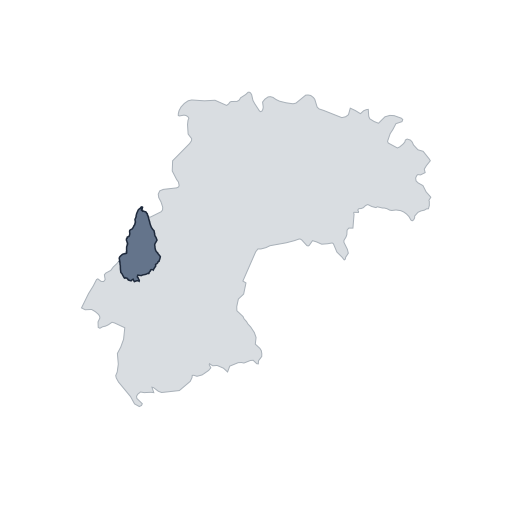 Mali, Mali, Guinea (highlighted), rotated 294°
{"feature_id": "49546643B49159513129654", "entity_name": "Mali", "entity_type": "district", "adm_level": 2, "iso_a3": "GIN", "parent_name": "Guinea", "parent_adm1": "Mali", "projection": "albers", "projection_center": [-12.025, 12.05], "detail": "fine", "context": "in_parent", "style": "filled", "palette": "slate", "viewbox_px": 512, "rotation_deg": 294, "n_neighbors": 0, "source": "geoboundaries", "source_scale": "gbopen_adm2", "svg_char_len": 7329}
<svg xmlns="http://www.w3.org/2000/svg" viewBox="0 0 512 512"><g transform="rotate(294 256 256)"><path d="M309.9,330.5L306.0,330.0L304.3,330.7L299.2,336.8L296.1,339.2L291.3,338.4L289.6,338.9L288.3,338.2L290.0,334.9L292.5,328.3L298.7,321.7L298.9,320.3L296.3,316.4L293.5,311.2L293.5,305.5L293.0,301.4L287.4,300.3L286.4,299.6L286.2,298.3L289.3,291.2L289.5,289.8L289.1,288.5L285.7,284.9L280.4,278.3L271.1,264.6L267.7,261.7L264.4,257.6L263.2,254.9L259.8,254.0L227.8,254.2L227.3,257.8L216.2,260.2L209.5,257.4L201.9,259.0L198.2,260.8L195.4,268.8L193.8,270.5L192.2,274.1L190.7,276.1L189.0,280.0L185.4,285.6L181.6,289.2L175.2,291.2L173.2,297.1L171.7,299.3L169.2,301.0L166.6,302.1L161.3,300.9L158.4,302.0L157.9,300.5L159.6,295.8L158.3,293.4L153.3,288.5L152.8,286.1L151.3,283.1L144.7,276.8L138.5,277.2L140.3,271.9L140.2,265.0L138.1,261.1L138.7,257.3L137.6,257.5L135.5,260.2L132.2,259.3L125.4,255.1L122.1,251.0L121.7,247.6L121.0,246.3L118.9,247.0L114.7,246.9L101.9,240.7L92.9,225.3L92.7,221.8L94.1,215.9L93.8,214.3L89.6,218.2L88.8,215.5L85.7,209.4L84.8,205.8L81.7,204.2L79.3,203.9L77.4,205.1L74.8,212.2L72.9,212.2L71.0,210.6L71.5,205.2L76.5,198.6L84.9,181.7L87.8,177.9L89.7,176.5L93.6,176.4L101.2,174.2L110.6,169.0L117.7,169.5L126.1,168.9L137.1,165.3L137.3,154.0L136.9,151.4L133.1,149.1L130.8,147.1L128.9,144.6L126.5,142.8L126.6,140.9L131.5,138.5L135.9,138.6L137.4,137.6L138.5,136.0L139.8,131.9L140.3,127.6L137.4,121.8L137.6,117.7L153.6,118.3L162.4,119.5L169.6,119.9L170.8,120.8L169.8,124.8L170.7,127.2L173.1,127.8L177.2,125.1L179.3,125.7L183.8,129.2L188.0,130.1L192.5,132.0L196.8,133.1L200.7,132.9L203.5,134.9L208.9,135.5L215.8,133.0L221.3,132.0L228.9,131.7L232.9,132.5L244.5,130.5L253.7,131.6L252.3,133.0L248.1,142.1L248.6,143.7L257.9,151.4L260.1,151.9L262.7,150.9L266.7,147.3L269.8,143.4L272.8,141.5L276.4,141.6L279.2,144.3L285.9,155.7L287.6,157.2L289.2,157.1L292.1,155.0L293.5,152.5L299.6,144.9L309.1,141.1L331.7,149.6L335.0,150.2L337.0,149.5L339.8,144.4L348.2,140.0L352.3,138.7L354.6,138.6L355.5,137.2L355.9,135.1L355.4,132.9L352.8,129.1L352.7,127.9L354.2,127.2L357.4,126.6L361.6,126.9L366.3,128.5L370.2,130.9L372.4,133.8L376.8,145.8L381.6,155.2L381.6,167.9L383.7,169.1L386.0,169.6L387.1,170.6L389.5,175.8L391.7,177.3L394.3,177.6L399.3,180.9L402.4,182.2L402.9,183.2L402.8,184.6L401.6,186.4L396.9,189.9L394.6,192.9L389.9,200.2L389.7,201.5L390.8,202.5L392.8,202.6L394.9,202.1L399.3,199.4L402.8,200.3L406.2,202.3L407.4,204.3L407.8,207.0L407.1,210.6L407.0,214.5L408.2,221.2L410.1,227.9L411.9,230.3L423.2,236.0L424.3,238.2L424.9,240.7L424.1,244.1L423.0,246.0L416.9,251.3L416.0,253.8L416.5,258.5L417.3,278.1L419.7,281.3L422.7,283.0L429.4,282.0L429.3,287.4L428.5,293.5L432.5,295.3L434.5,297.2L435.6,298.9L429.4,302.2L427.6,304.1L426.9,309.2L427.1,313.9L435.6,317.2L438.9,321.1L440.4,325.1L441.0,332.8L440.3,334.6L438.1,334.7L433.8,330.0L427.3,329.6L422.4,328.8L414.3,329.5L413.0,330.9L412.2,341.2L414.1,342.9L418.0,344.8L420.6,345.6L422.7,345.3L424.3,346.5L424.7,349.9L423.6,352.4L421.5,354.7L418.9,360.7L419.6,366.1L415.1,374.8L413.9,376.5L407.8,374.9L403.8,374.4L401.0,376.6L397.0,373.3L396.2,370.7L394.8,370.1L392.2,370.1L389.7,371.7L388.7,374.4L388.2,379.9L383.8,385.3L380.8,391.8L377.2,391.3L376.4,392.1L372.6,393.8L369.3,394.3L368.4,392.6L366.4,391.2L364.3,388.4L361.8,386.2L357.1,384.7L355.3,385.4L353.1,385.3L351.7,384.4L351.8,383.0L354.3,379.6L355.6,376.4L356.3,373.0L356.3,369.7L355.0,365.2L352.8,361.5L352.3,359.4L352.5,356.4L352.0,353.6L351.3,352.1L350.3,346.8L349.0,345.9L348.3,341.6L348.5,337.2L346.7,335.6L343.8,334.4L342.1,332.7L341.1,330.8L340.1,330.3L339.2,330.4L338.4,331.6L337.5,331.9L335.8,327.8L335.1,327.6L334.0,328.6L320.9,333.2L319.2,329.4L316.7,328.7L312.4,330.3L309.9,330.5Z" fill="#d9dde1" stroke="#a8b0b8" stroke-width="1"/><path d="M185.4,159.5L186.1,159.4L186.6,159.0L187.2,158.1L187.7,157.7L188.1,157.3L188.2,156.5L188.9,156.0L189.7,156.0L190.3,155.7L190.5,155.8L191.0,157.8L191.5,159.3L192.5,160.0L193.6,161.6L194.2,162.5L195.0,163.3L195.9,164.0L196.3,164.5L196.2,164.9L196.5,165.3L197.1,165.0L197.6,165.1L198.1,165.2L198.5,165.3L199.4,165.6L200.3,165.4L201.0,165.9L201.6,167.7L201.5,167.9L202.1,167.9L203.4,168.0L203.6,168.0L203.9,168.1L204.1,168.2L204.4,168.1L204.5,168.2L204.9,168.3L205.0,168.3L205.4,168.4L205.5,168.4L206.0,168.5L207.3,167.7L207.7,167.8L208.5,168.4L208.8,168.6L210.0,169.0L210.8,168.8L211.4,169.2L211.7,169.6L212.4,169.4L213.5,169.4L215.0,169.2L216.5,168.9L217.0,168.1L217.8,166.5L218.5,165.0L218.8,165.0L219.5,163.1L220.3,162.1L221.2,161.3L222.4,160.4L223.6,159.8L224.9,158.9L226.5,158.7L227.7,158.9L229.0,159.0L230.3,159.1L230.4,158.9L232.0,157.4L232.7,156.5L233.3,155.5L234.0,155.0L234.6,154.5L235.1,154.4L236.5,153.3L237.6,152.6L237.7,152.3L237.8,152.1L237.9,151.8L238.0,151.6L238.1,151.4L238.2,151.1L238.3,150.9L238.4,150.7L238.6,150.4L238.7,150.2L238.9,150.0L239.0,149.8L239.1,149.6L239.3,149.3L239.4,149.0L239.7,148.7L239.9,148.5L240.1,148.2L240.3,148.1L240.6,147.8L240.8,147.6L241.0,147.4L241.2,147.2L241.3,147.0L241.5,146.9L241.7,146.7L241.9,146.5L242.1,146.3L242.3,146.2L242.6,145.9L242.8,145.8L242.9,145.6L243.0,145.6L243.2,145.4L243.3,145.4L243.5,145.2L243.8,145.0L244.0,144.9L244.2,144.7L244.3,144.7L244.5,144.4L244.7,144.2L244.8,144.2L245.0,144.0L245.2,143.8L245.3,143.8L245.5,143.6L245.7,143.4L245.9,143.2L246.0,143.2L246.3,142.8L246.5,142.7L246.8,142.6L247.0,142.4L247.3,142.2L247.6,141.9L247.8,141.7L248.0,141.5L248.2,141.4L248.3,141.3L248.4,141.2L248.6,141.2L249.1,140.3L249.4,140.0L250.0,139.9L250.3,139.5L250.5,139.3L250.6,138.6L250.7,138.4L251.0,138.3L251.3,138.0L251.4,137.6L251.5,137.0L251.3,136.7L251.3,136.4L251.3,136.0L251.2,135.1L250.7,134.3L250.8,134.1L251.1,134.0L251.2,133.7L251.2,133.3L251.2,132.9L251.3,132.7L251.6,132.7L251.9,132.6L252.3,132.1L252.5,132.1L252.5,132.3L252.4,132.7L252.5,132.9L252.7,133.0L253.0,132.7L253.5,132.6L254.1,132.7L254.5,132.4L254.4,132.1L254.4,131.7L254.1,131.2L253.1,131.0L252.7,130.9L251.5,130.2L250.2,129.7L249.3,129.7L246.6,129.7L245.7,129.8L244.1,130.1L243.2,130.4L243.2,130.5L241.3,130.6L240.8,130.5L240.1,130.6L239.7,130.8L238.9,131.4L238.1,132.0L237.6,132.2L237.1,132.2L235.2,132.5L234.0,132.2L232.6,132.2L230.8,132.0L230.3,131.8L229.2,130.9L228.6,130.5L228.2,130.3L227.7,130.3L226.8,130.6L226.6,130.7L225.4,131.5L224.5,131.8L223.4,132.0L222.5,132.0L222.1,131.9L221.6,131.5L221.5,131.3L220.9,130.7L219.7,130.9L219.6,131.0L219.3,130.8L219.0,130.7L218.6,130.8L217.7,131.2L216.9,132.1L216.4,132.4L215.5,133.5L215.1,133.5L214.8,133.7L214.6,133.8L214.1,133.8L214.0,134.0L212.9,134.0L211.7,134.1L208.9,135.3L208.6,135.6L208.2,135.7L208.0,135.8L206.9,136.3L206.3,136.6L205.8,136.6L205.5,136.3L205.1,135.8L205.1,135.6L204.7,135.2L204.0,134.1L203.5,133.6L203.3,133.4L202.8,133.1L201.8,132.7L201.0,132.3L199.8,131.9L199.1,131.8L198.7,132.0L198.3,132.0L198.2,132.0L197.7,132.4L196.4,133.3L195.8,133.5L195.5,133.4L195.4,133.5L195.5,133.6L195.3,134.1L193.2,135.1L192.0,136.0L190.7,136.6L188.8,137.5L187.5,138.3L186.0,139.2L185.2,140.9L184.2,142.1L183.4,143.2L182.8,144.0L182.3,144.8L182.6,145.0L183.0,145.4L182.8,145.9L183.1,146.4L183.3,147.1L182.6,148.2L182.7,149.0L182.1,149.2L182.2,149.8L182.3,150.8L182.4,151.2L182.5,152.0L182.9,152.2L183.6,152.4L184.2,152.7L184.8,153.2L184.0,154.1L183.6,154.6L183.3,155.0L183.1,155.3L184.2,156.4L185.1,157.4L185.5,159.1L185.4,159.5Z" fill="#64748b" stroke="#1e293b" stroke-width="1.5"/></g></svg>